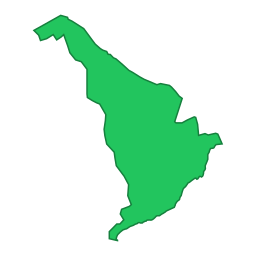 Krowor Municipal, Greater Accra, Ghana
{"feature_id": "2480657B96734395613726", "entity_name": "Krowor Municipal", "entity_type": "district", "adm_level": 2, "iso_a3": "GHA", "parent_name": "Ghana", "parent_adm1": "Greater Accra", "projection": "equal_earth", "projection_center": [-0.085, 5.613], "detail": "fine", "context": "isolated", "style": "filled", "palette": "green", "viewbox_px": 256, "rotation_deg": 0, "n_neighbors": 0, "source": "geoboundaries", "source_scale": "gbopen_adm2", "svg_char_len": 2100}
<svg xmlns="http://www.w3.org/2000/svg" viewBox="0 0 256 256"><path d="M33.9,30.4L38.7,35.2L40.5,40.5L46.6,38.7L53.2,34.6L56.7,39.9L61.1,37.0L63.7,34.6L67.7,45.8L69.9,52.8L75.6,59.9L81.3,61.7L87.0,69.3L87.0,75.2L87.0,81.1L87.0,94.0L87.4,97.5L92.2,100.5L96.6,102.8L99.7,104.0L105.8,114.6L105.4,120.5L104.1,129.3L104.9,135.8L106.7,144.0L114.2,152.2L115.0,158.1L116.3,165.7L124.2,176.3L128.6,184.6L127.8,195.7L131.3,204.6L129.5,206.3L121.6,209.3L120.3,214.0L123.8,219.8L119.9,224.0L116.8,224.0L112.8,228.1L109.3,231.6L109.3,238.7L117.5,240.6L117.5,240.2L117.1,239.9L116.3,240.1L115.9,239.5L116.3,238.5L116.7,236.7L117.7,234.6L120.2,232.1L121.8,230.8L123.0,229.9L125.2,229.1L126.6,228.8L130.0,226.5L133.4,225.3L134.4,224.7L135.2,224.2L137.2,223.6L138.2,222.7L139.3,222.6L141.0,223.1L141.5,222.9L142.5,222.9L143.4,221.9L144.1,221.8L144.6,221.4L145.2,221.2L146.0,221.2L146.6,220.5L147.2,220.1L149.5,220.0L151.1,220.1L152.5,219.6L153.7,218.7L155.0,217.5L156.2,216.2L156.9,215.8L159.5,215.7L161.7,214.1L162.9,213.5L165.4,211.9L166.3,211.0L174.3,207.3L175.3,204.9L175.4,204.0L177.0,201.6L177.7,200.9L178.7,200.3L179.5,199.5L179.9,197.6L180.5,196.5L181.2,195.6L181.7,193.6L182.2,191.8L183.1,189.1L184.3,187.6L185.5,186.7L187.3,184.1L188.1,182.9L189.3,182.4L192.1,180.2L194.8,178.3L195.8,178.1L196.8,179.2L197.7,178.9L199.5,176.4L200.4,176.4L201.5,177.0L202.5,176.3L203.0,175.4L203.5,173.5L203.6,171.6L205.0,169.7L205.4,168.5L205.3,167.6L205.2,165.8L207.1,161.2L207.8,159.3L207.8,154.5L209.2,152.0L209.6,150.4L210.5,148.5L212.8,148.2L213.6,148.0L214.0,147.6L215.0,145.8L216.1,144.6L222.1,143.9L218.8,136.3L217.8,134.1L215.7,133.3L211.6,134.2L208.2,135.0L205.0,133.6L198.6,135.4L197.6,124.3L195.7,117.4L194.2,116.9L187.3,120.0L182.0,122.9L176.0,122.9L174.7,121.7L182.2,98.4L179.1,96.1L175.7,91.7L171.5,87.1L169.4,85.4L160.5,83.6L156.9,84.7L144.1,79.3L139.6,76.8L132.6,72.4L128.8,70.3L123.5,65.4L116.0,58.9L113.4,57.8L110.3,54.5L108.1,54.3L106.7,51.5L102.7,50.1L100.2,48.5L95.2,44.1L91.9,39.7L83.8,28.7L72.1,21.2L68.2,19.3L67.5,17.3L60.7,15.4L33.9,30.4Z" fill="#22c55e" stroke="#15803d" stroke-width="1.5"/></svg>